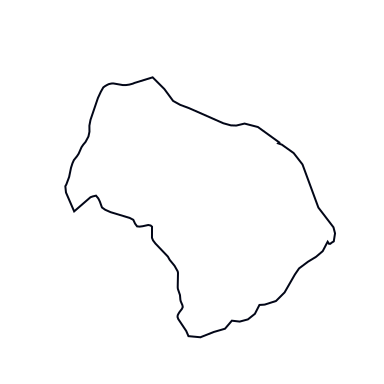 the border of Cabañas, rotated 47°
{"feature_id": "SLV-1344", "entity_name": "Cabañas", "entity_type": "Department", "adm_level": 1, "iso_a3": "SLV", "parent_name": "El Salvador", "parent_adm1": "", "projection": "equal_earth", "projection_center": [-88.722, 13.882], "detail": "fine", "context": "isolated", "style": "outline", "palette": "ink", "viewbox_px": 384, "rotation_deg": 47, "n_neighbors": 0, "source": "natural_earth", "source_scale": "10m", "svg_char_len": 1521}
<svg xmlns="http://www.w3.org/2000/svg" viewBox="0 0 384 384"><g transform="rotate(47 192 192)"><path d="M215.2,94.4L215.2,95.8L218.6,94.0L232.9,91.1L247.2,92.4L289.6,110.2L314.3,112.6L319.8,115.6L324.8,122.0L324.3,124.4L324.2,126.2L323.8,126.6L323.4,127.1L323.2,127.1L320.9,126.7L321.5,128.5L324.4,136.7L324.0,145.5L322.1,154.7L320.9,165.8L322.5,173.0L328.6,192.8L329.0,204.9L324.0,215.5L323.0,216.8L320.6,219.7L324.0,229.1L323.3,238.0L319.3,245.5L313.3,250.6L314.5,261.1L309.2,271.6L304.1,284.6L304.1,284.8L295.0,292.9L289.7,291.0L275.6,288.7L273.5,287.8L272.4,286.5L271.8,284.9L271.3,283.1L270.6,279.0L269.8,277.2L268.2,276.2L264.3,274.8L262.9,274.0L259.2,271.1L253.2,268.4L251.9,267.4L241.6,257.4L240.3,256.6L234.1,255.1L226.4,254.6L222.8,253.7L204.8,253.9L200.8,253.5L198.2,252.5L190.1,244.9L188.3,245.1L186.3,246.5L183.4,251.4L181.6,253.9L179.7,255.6L176.3,255.2L172.3,253.9L168.6,255.2L151.2,265.3L145.8,267.6L141.9,268.4L136.1,265.9L132.8,264.9L129.2,264.7L127.6,267.5L126.6,269.8L125.8,291.4L106.4,284.5L101.4,280.7L100.8,278.8L97.2,271.6L91.8,264.0L89.5,259.9L88.1,256.6L87.4,251.7L86.7,248.8L83.9,242.3L83.2,239.2L82.8,235.8L80.8,229.9L78.0,225.9L73.5,221.8L70.0,217.0L59.1,196.7L56.5,190.3L55.0,185.5L55.3,183.2L55.8,181.1L56.3,179.4L57.2,177.8L58.1,176.4L59.2,175.3L66.7,169.6L68.8,167.3L70.7,164.6L72.4,161.4L73.0,159.7L81.3,142.6L97.8,142.0L112.5,143.7L120.2,141.2L128.6,137.0L163.1,122.2L169.8,118.1L173.6,114.3L177.8,106.9L189.4,99.5L215.2,94.4Z" fill="none" stroke="#020617" stroke-width="2"/></g></svg>